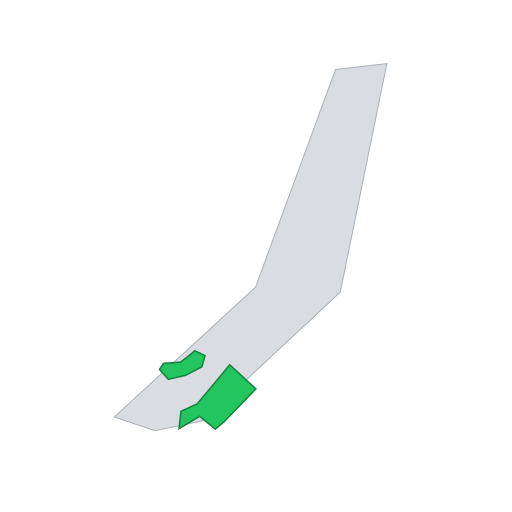 Warwick on a map of Bermuda (orthographic projection), rotated 341°
{"feature_id": "BMU-5144", "entity_name": "Warwick", "entity_type": "state/province", "adm_level": 1, "iso_a3": "BMU", "parent_name": "Bermuda", "parent_adm1": "", "projection": "orthographic", "projection_center": [-64.817, 32.272], "detail": "fine", "context": "in_parent", "style": "filled", "palette": "green", "viewbox_px": 512, "rotation_deg": 341, "n_neighbors": 0, "source": "natural_earth", "source_scale": "10m", "svg_char_len": 569}
<svg xmlns="http://www.w3.org/2000/svg" viewBox="0 0 512 512"><g transform="rotate(341 256 256)"><path d="M323.9,317.6L151.5,394.4L103.7,388.3L69.6,362.1L245.4,285.3L392.0,105.5L442.4,116.7L323.9,317.6Z" fill="#d9dde1" stroke="#a8b0b8" stroke-width="1"/><path d="M127.0,394.2L134.5,378.4L152.3,376.6L184.3,357.3L195.7,350.2L212.6,381.6L172.4,402.1L161.1,406.5L150.5,389.2L127.0,394.2ZM168.7,343.2L150.8,345.9L133.0,344.1L127.8,331.8L133.7,327.4L150.1,331.8L160.5,328.3L167.2,325.6L175.4,333.6L168.7,343.2Z" fill="#22c55e" stroke="#15803d" stroke-width="1.5"/></g></svg>